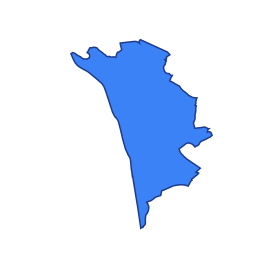 Santa Lucía, Atlántico, Colombia, rotated 25°
{"feature_id": "7082276B3816592638323", "entity_name": "Santa Lucía", "entity_type": "district", "adm_level": 2, "iso_a3": "COL", "parent_name": "Colombia", "parent_adm1": "Atlántico", "projection": "robinson", "projection_center": [-74.963, 10.342], "detail": "fine", "context": "isolated", "style": "filled", "palette": "blue", "viewbox_px": 256, "rotation_deg": 25, "n_neighbors": 0, "source": "geoboundaries", "source_scale": "gbopen_adm2", "svg_char_len": 5534}
<svg xmlns="http://www.w3.org/2000/svg" viewBox="0 0 256 256"><g transform="rotate(25 128 128)"><path d="M145.9,61.6L145.1,62.0L144.6,62.0L144.2,62.0L143.7,61.8L143.4,61.7L143.0,61.5L142.9,61.4L142.7,61.3L142.4,61.3L141.3,61.6L141.0,61.7L140.7,61.9L140.5,62.0L139.8,62.1L139.2,62.0L138.8,61.9L138.2,61.7L137.8,61.4L137.2,61.1L136.6,60.7L136.3,60.4L135.9,60.0L135.6,59.5L135.1,58.9L134.7,57.9L134.5,57.4L134.3,56.9L134.3,56.6L134.4,56.4L134.7,55.6L134.8,55.1L134.8,54.9L134.8,54.6L134.7,54.2L134.6,53.9L134.6,53.5L134.3,52.8L134.3,52.2L134.4,51.4L134.4,51.2L134.3,50.9L134.1,50.9L133.5,50.9L133.1,50.9L132.5,50.5L132.4,50.4L132.4,50.2L132.9,49.8L133.3,49.7L133.5,49.6L133.7,49.4L133.7,49.2L133.3,48.2L133.1,47.8L132.8,47.6L133.0,47.2L134.0,45.5L135.0,44.0L134.7,43.9L134.3,43.6L132.9,43.0L131.6,42.5L131.2,42.5L130.4,42.5L103.0,42.7L102.0,42.7L101.7,43.1L101.6,43.5L101.5,44.0L101.5,44.5L101.6,44.9L101.9,45.5L102.5,46.3L101.2,46.0L100.3,46.0L99.3,46.1L98.6,46.2L97.8,46.6L96.9,47.0L93.8,48.9L87.1,53.0L85.0,54.3L85.9,55.7L86.5,56.4L87.9,58.1L88.3,58.5L88.6,58.9L89.0,59.5L89.1,59.8L89.1,60.1L88.9,60.5L88.4,61.3L88.0,62.4L87.8,62.7L87.7,62.8L87.5,63.0L86.9,63.4L86.7,63.6L86.6,63.8L86.5,64.0L86.4,64.4L86.6,65.2L86.6,66.8L86.7,67.2L87.0,68.1L87.1,68.5L87.1,68.9L86.9,69.1L86.8,69.3L86.6,69.3L85.6,69.4L85.3,69.4L84.9,69.6L84.5,69.8L83.8,70.4L83.4,70.7L83.0,70.8L82.6,70.9L81.7,70.8L81.3,70.9L81.0,71.0L80.5,71.2L79.8,71.7L79.5,71.8L79.0,72.0L78.5,72.0L78.2,72.0L77.7,71.8L76.9,71.5L76.5,71.3L75.2,71.2L74.2,70.9L73.1,70.6L70.6,70.1L69.3,69.9L68.7,69.7L68.2,69.6L67.4,69.3L67.0,69.0L66.6,68.7L66.2,68.6L65.7,68.6L65.1,68.6L64.8,68.7L64.1,68.8L63.8,68.9L63.4,69.0L62.8,69.4L62.1,69.8L61.7,70.2L61.1,70.6L59.9,71.3L59.6,71.4L59.4,73.4L59.3,75.7L59.2,77.0L59.7,77.0L60.5,77.1L61.2,77.2L61.4,77.3L62.2,78.0L62.6,78.4L62.9,79.0L63.0,79.3L63.2,80.7L63.2,80.9L63.1,81.1L62.7,81.3L62.2,82.0L61.8,82.6L61.3,83.1L61.1,83.2L60.7,83.2L60.2,83.5L59.7,83.8L59.2,83.9L58.8,84.0L57.7,84.1L57.3,84.1L56.4,84.0L56.0,83.9L55.6,83.8L55.0,83.5L54.8,83.6L54.0,83.6L53.5,83.5L52.6,83.5L52.0,83.4L51.1,83.3L50.6,83.3L50.1,83.1L48.5,82.8L47.0,82.9L45.8,83.1L45.6,83.7L45.2,84.2L44.9,84.8L49.7,89.1L53.0,91.5L55.8,92.7L58.2,93.2L61.8,93.6L67.5,93.9L76.1,96.0L85.5,98.7L88.5,100.5L92.3,104.1L103.3,115.9L107.1,120.0L111.0,123.1L114.7,124.7L116.5,126.1L121.7,132.4L128.3,140.8L134.8,148.3L139.3,152.0L139.2,152.1L142.1,154.1L143.0,155.0L144.6,157.2L146.3,160.3L148.3,163.7L149.9,166.0L152.6,170.3L152.8,170.0L163.3,185.5L170.5,196.0L181.1,212.1L181.9,213.5L182.3,212.9L182.9,212.3L182.8,212.2L183.5,211.5L183.7,211.2L183.4,210.9L183.4,210.5L183.4,210.3L183.5,210.1L183.8,209.8L184.2,208.8L184.2,208.5L184.2,207.9L184.0,207.5L184.0,207.1L183.9,206.8L183.7,206.1L183.4,205.7L183.1,205.0L182.7,204.4L182.4,203.6L182.2,203.2L182.1,202.9L181.1,200.0L180.9,199.4L181.1,199.0L181.2,198.3L181.3,197.7L181.5,196.8L181.4,195.9L181.4,195.1L181.3,194.3L181.1,193.5L180.9,192.7L180.7,192.0L180.0,190.3L178.6,189.0L177.3,187.9L176.8,187.7L176.4,187.6L176.2,187.5L176.2,187.2L176.4,187.0L177.0,186.6L177.3,186.3L177.6,185.9L178.4,185.2L179.2,184.5L179.9,183.5L180.1,183.1L180.6,182.3L181.5,180.6L182.1,179.2L182.5,178.7L182.9,178.4L186.2,175.3L186.1,175.0L186.0,174.5L185.5,172.5L185.1,170.4L186.5,169.3L190.8,164.4L192.3,162.7L193.4,161.3L197.6,158.4L199.2,157.4L201.2,156.6L201.7,156.3L203.2,155.8L204.5,155.5L206.0,155.3L207.1,155.2L207.4,149.4L207.7,148.9L208.1,148.3L207.3,147.2L207.6,146.7L208.0,146.1L208.3,145.7L208.6,145.0L209.3,143.5L209.8,142.4L210.5,141.1L210.6,140.7L210.8,140.1L211.1,139.0L210.6,139.0L209.2,139.2L208.7,139.4L208.2,139.4L210.5,133.9L205.9,133.1L201.2,132.4L197.2,131.7L195.8,131.5L194.7,131.3L190.8,130.2L190.1,129.9L186.7,128.6L186.0,128.1L185.0,127.3L184.4,126.7L183.8,126.2L183.3,125.5L183.2,125.2L184.6,122.8L185.8,120.4L186.4,119.2L186.8,118.5L187.0,118.0L187.3,117.5L188.0,116.8L188.5,116.3L189.0,116.1L189.4,115.9L190.2,115.7L190.9,115.6L192.1,115.5L192.7,115.4L193.1,115.5L194.1,115.8L196.8,116.8L196.9,116.0L197.0,115.8L197.2,115.7L197.8,115.3L198.5,114.6L199.1,113.5L199.2,112.9L199.3,112.4L199.3,111.9L199.3,111.4L199.3,110.8L199.4,110.4L199.8,109.5L200.4,108.6L200.8,108.1L201.4,107.5L201.8,107.0L202.4,106.2L202.9,105.7L204.2,104.1L204.5,103.7L204.8,103.2L205.1,102.7L205.6,102.2L206.1,101.8L206.2,101.7L207.3,99.1L206.9,98.6L206.2,98.0L205.6,97.4L205.2,97.2L204.9,97.0L204.6,97.0L204.2,96.9L203.4,97.0L203.0,97.2L201.7,98.2L201.0,95.4L201.5,94.9L201.7,94.4L201.5,94.5L200.8,94.8L200.4,94.8L199.3,94.6L198.8,94.6L198.4,94.6L197.5,94.7L197.1,94.8L196.6,95.0L196.1,95.3L194.7,96.3L194.0,96.8L193.7,97.0L193.4,97.2L192.6,97.6L191.4,98.4L190.6,98.8L189.6,99.5L189.4,99.7L188.6,99.9L188.2,99.5L188.0,99.1L187.4,98.4L186.7,97.7L185.5,96.2L185.3,95.9L185.2,95.3L185.1,95.0L185.1,93.1L184.9,92.2L184.8,91.6L184.8,91.1L184.6,90.9L184.5,90.7L184.3,90.2L184.2,89.9L184.1,89.6L183.3,88.2L183.1,87.3L182.9,86.4L182.8,85.9L182.6,85.2L182.5,84.7L181.8,83.0L181.5,82.3L181.3,81.9L181.0,81.3L180.8,80.7L180.7,79.9L180.5,79.0L179.2,79.0L179.2,78.1L179.2,77.4L178.8,76.2L178.4,75.8L178.2,75.1L178.1,74.1L178.0,73.7L177.9,73.2L177.9,72.8L177.8,71.6L175.6,72.4L173.9,72.9L173.1,73.0L172.8,73.0L171.3,72.8L170.9,72.8L170.6,72.9L169.6,72.9L168.2,72.4L167.8,72.3L166.7,71.9L165.5,71.6L163.5,71.1L162.2,70.9L161.6,70.7L160.9,70.5L160.2,70.2L158.9,69.5L158.4,69.2L157.7,68.7L157.1,68.4L156.8,68.3L153.4,68.1L152.1,68.1L150.6,67.8L149.0,67.8L148.0,67.6L146.0,67.8L145.6,63.7L145.9,62.6L145.9,61.6Z" fill="#3b82f6" stroke="#1e3a8a" stroke-width="1.5"/></g></svg>